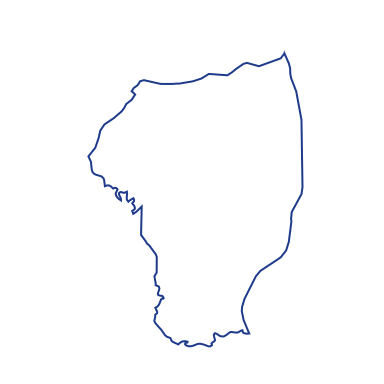 outline of Sanliurfa, rotated 280°
{"feature_id": "TUR-3017", "entity_name": "Sanliurfa", "entity_type": "Province", "adm_level": 1, "iso_a3": "TUR", "parent_name": "Turkey", "parent_adm1": "", "projection": "natural_earth1", "projection_center": [38.713, 37.351], "detail": "fine", "context": "isolated", "style": "outline", "palette": "blue", "viewbox_px": 384, "rotation_deg": 280, "n_neighbors": 0, "source": "natural_earth", "source_scale": "10m", "svg_char_len": 2436}
<svg xmlns="http://www.w3.org/2000/svg" viewBox="0 0 384 384"><g transform="rotate(280 192 192)"><path d="M241.3,295.1L215.8,300.0L209.0,300.2L189.6,293.7L183.0,294.2L180.2,295.0L159.7,296.0L150.9,294.9L143.2,290.8L139.5,287.0L126.2,273.0L120.0,269.5L96.0,262.3L87.7,261.3L83.4,261.7L75.0,265.0L62.7,272.8L62.7,272.7L62.1,271.3L61.9,269.2L62.1,267.1L63.2,266.2L64.6,265.7L64.0,264.4L61.8,261.9L61.4,260.5L61.1,258.9L61.0,254.9L60.5,253.7L57.1,250.6L55.3,248.4L55.0,247.1L55.0,244.7L56.6,240.9L56.9,239.1L55.4,238.3L53.8,238.7L50.8,240.1L49.8,240.4L48.6,239.6L47.4,238.3L46.2,237.5L44.6,238.3L43.1,236.7L42.9,234.8L43.8,230.2L44.0,226.5L43.7,225.0L42.9,223.2L40.8,219.8L39.9,217.7L39.5,215.2L40.0,212.6L41.0,211.5L42.2,211.8L43.0,213.6L43.8,213.6L43.8,210.3L42.8,207.9L41.3,206.2L39.5,205.0L41.0,199.4L41.7,198.0L42.6,197.2L43.6,196.7L44.4,196.1L45.2,192.1L46.6,190.0L50.8,185.8L56.4,178.8L58.4,177.3L60.4,177.3L62.6,177.5L64.7,177.1L66.5,178.6L67.9,178.6L71.6,176.0L73.3,177.9L75.5,179.1L81.1,180.3L81.7,180.8L81.9,182.2L82.3,182.5L83.0,182.3L83.3,182.0L83.6,181.7L84.0,181.5L84.5,180.6L84.4,178.7L84.6,176.8L85.7,176.0L91.1,176.7L93.1,175.8L93.9,172.4L95.2,172.3L102.5,169.6L106.5,171.2L121.9,168.6L124.5,167.0L132.0,159.1L133.6,156.3L134.8,155.6L140.9,149.3L168.9,145.0L162.6,140.4L160.3,137.9L162.9,136.4L163.1,136.7L164.8,138.2L165.4,138.6L166.5,138.5L167.3,138.1L167.9,137.7L168.4,137.5L169.0,136.9L169.7,135.8L170.6,135.1L172.8,136.4L173.9,136.4L174.9,136.0L175.7,135.3L172.6,131.8L171.4,131.0L173.1,129.2L175.6,128.6L178.5,128.5L181.0,127.8L179.4,125.6L179.6,121.5L178.3,120.3L176.7,120.6L173.3,123.1L171.4,123.5L172.5,121.0L173.9,119.1L175.5,117.8L177.4,117.1L178.5,117.3L181.0,118.1L181.7,118.2L182.6,117.0L182.8,115.7L182.4,114.6L181.7,113.8L183.2,111.5L184.0,109.6L183.9,107.6L182.6,105.2L188.8,103.3L190.4,102.2L191.7,99.9L192.3,94.7L192.9,92.4L194.4,90.6L196.6,89.4L204.2,87.2L209.1,83.8L218.9,89.1L229.1,90.7L236.5,91.0L243.4,94.1L251.0,102.0L259.3,108.8L263.2,110.7L267.3,112.0L272.2,116.5L278.1,119.1L279.5,117.2L280.7,115.1L284.3,116.6L287.4,119.6L289.7,120.8L291.9,121.5L293.8,125.2L293.0,142.2L295.0,154.0L296.2,158.5L296.6,160.8L301.1,173.5L305.4,181.6L311.2,188.1L313.1,206.6L316.7,210.5L320.7,213.9L327.1,220.4L328.7,223.7L327.5,236.1L339.0,256.1L344.4,259.0L344.5,259.0L335.5,265.0L330.8,267.2L326.1,268.1L321.6,269.7L309.1,277.2L282.0,287.3L241.3,295.1Z" fill="none" stroke="#1e3a8a" stroke-width="2"/></g></svg>